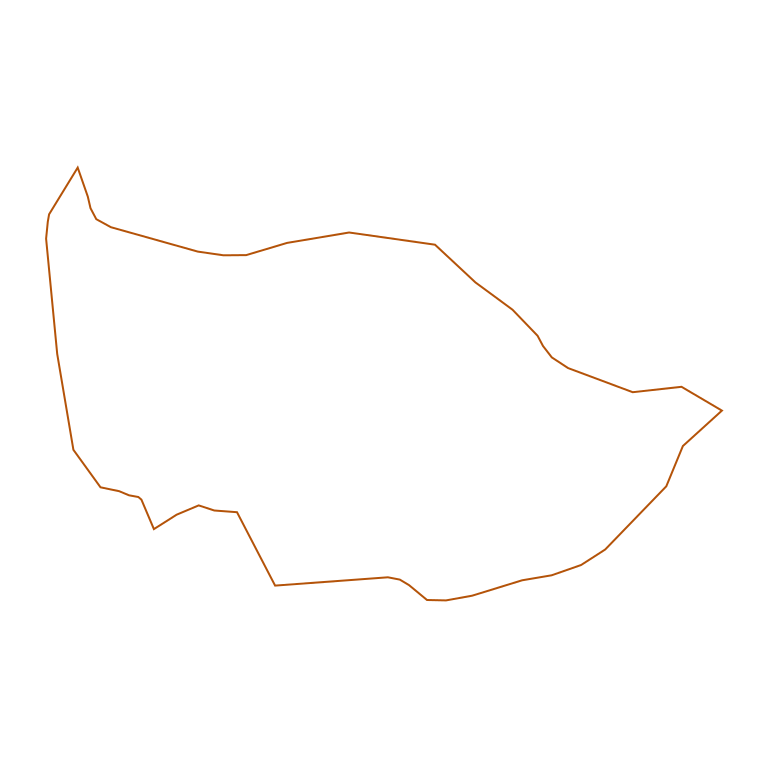 SVG path tracing the border of Zug
{"feature_id": "CHE-177", "entity_name": "Zug", "entity_type": "Canton", "adm_level": 1, "iso_a3": "CHE", "parent_name": "Switzerland", "parent_adm1": "", "projection": "robinson", "projection_center": [8.52, 47.166], "detail": "fine", "context": "isolated", "style": "outline", "palette": "amber", "viewbox_px": 768, "rotation_deg": 0, "n_neighbors": 0, "source": "natural_earth", "source_scale": "10m", "svg_char_len": 706}
<svg xmlns="http://www.w3.org/2000/svg" viewBox="0 0 768 768"><path d="M153.9,529.1L141.4,499.6L138.3,497.0L129.0,495.3L119.2,491.2L100.5,487.3L73.4,449.8L57.2,353.9L46.1,238.7L47.8,221.7L49.1,214.3L77.7,167.6L87.8,196.6L90.5,208.2L96.3,219.2L110.9,227.2L197.8,251.6L223.5,255.3L246.2,255.1L287.1,242.9L349.1,232.5L435.0,244.7L475.4,282.4L512.5,309.7L537.6,335.8L543.0,346.0L551.8,357.4L568.1,368.1L632.7,392.2L681.5,386.8L721.9,410.6L682.9,446.0L666.3,486.3L605.2,549.5L581.1,565.0L551.6,575.3L522.1,580.3L472.1,595.7L446.0,600.4L427.0,600.0L409.0,585.1L399.8,579.6L387.9,577.3L275.1,585.6L237.0,512.2L214.3,510.5L198.7,505.4L176.6,514.7L153.9,529.1Z" fill="none" stroke="#b45309" stroke-width="2"/></svg>